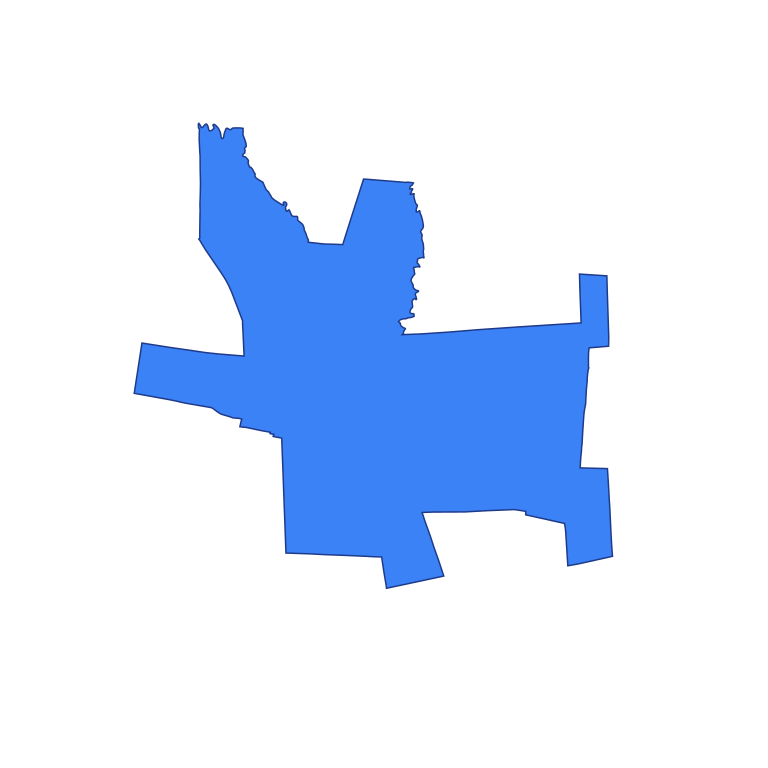 Mizil, Prahova, Romania, rotated 26°
{"feature_id": "2599482B63196712771897", "entity_name": "Mizil", "entity_type": "district", "adm_level": 2, "iso_a3": "ROU", "parent_name": "Romania", "parent_adm1": "Prahova", "projection": "mercator", "projection_center": [26.445, 45.004], "detail": "fine", "context": "isolated", "style": "filled", "palette": "blue", "viewbox_px": 768, "rotation_deg": 26, "n_neighbors": 0, "source": "geoboundaries", "source_scale": "gbopen_adm2", "svg_char_len": 6110}
<svg xmlns="http://www.w3.org/2000/svg" viewBox="0 0 768 768"><g transform="rotate(26 384 384)"><path d="M163.6,501.9L197.5,492.3L205.6,490.2L209.4,489.4L214.5,488.1L238.6,481.1L240.5,480.9L241.5,481.0L242.4,481.3L247.2,482.2L250.1,482.5L252.1,482.3L260.4,480.9L262.9,480.7L265.0,479.9L268.5,478.5L271.6,477.9L271.7,479.2L273.2,485.6L277.0,484.3L278.9,483.5L294.1,479.7L303.0,477.2L303.3,478.5L307.2,477.6L307.3,479.7L307.9,479.6L315.8,477.5L370.0,578.9L392.2,569.0L405.4,563.4L423.7,555.3L443.7,546.6L450.4,543.8L457.7,540.5L466.1,552.7L474.8,564.9L475.8,566.5L521.9,530.4L510.5,518.7L501.0,509.4L492.1,500.2L481.1,489.5L474.6,482.8L475.2,482.4L484.0,477.7L512.6,463.6L532.5,452.5L555.7,440.0L557.5,439.3L567.2,436.3L568.7,439.5L607.3,430.2L609.8,433.5L612.5,437.9L628.9,466.8L635.4,462.1L639.1,459.3L664.9,438.7L660.5,431.2L654.8,421.1L641.5,396.8L637.4,389.6L635.5,386.2L629.2,374.9L621.9,362.1L597.1,373.4L593.5,364.9L591.1,358.3L589.4,354.3L588.3,351.1L583.5,339.7L579.0,328.7L576.5,322.4L575.3,318.5L574.1,313.9L568.3,300.2L566.3,294.9L565.5,292.7L564.3,290.2L562.4,285.2L561.9,283.4L561.3,281.9L561.0,279.6L560.2,279.0L559.2,276.8L557.0,272.4L554.3,266.6L552.5,261.6L569.3,251.6L568.7,250.3L565.6,243.6L543.5,201.8L536.9,189.1L511.5,199.5L517.7,211.4L534.4,242.7L478.7,274.4L443.8,294.5L419.2,309.1L395.3,322.8L378.8,331.6L379.3,330.3L379.2,329.6L378.8,329.0L378.7,328.1L378.7,327.6L379.0,325.1L378.9,324.8L378.3,324.7L376.6,324.9L375.1,324.6L373.7,324.3L373.0,323.8L372.0,322.2L371.7,322.1L370.1,321.9L369.7,321.7L369.8,321.2L370.0,320.4L370.4,319.4L370.6,319.1L371.2,318.4L373.0,316.8L374.9,315.9L376.7,314.0L377.7,313.2L378.7,312.7L379.7,311.9L381.2,310.2L381.4,309.8L381.3,309.6L380.8,309.0L380.4,308.1L379.6,307.9L377.4,308.8L376.5,308.6L376.0,308.3L375.7,307.9L375.6,307.5L375.3,305.3L375.3,304.7L376.0,302.9L375.8,302.0L375.6,301.5L373.3,298.1L373.1,297.7L373.0,297.3L373.0,296.7L373.1,295.4L373.4,294.8L373.9,293.9L374.6,293.8L375.7,294.1L376.0,293.9L376.1,293.7L375.9,293.2L374.3,291.2L373.9,291.0L373.0,290.0L372.7,289.2L372.8,288.0L373.1,287.4L374.4,285.8L374.3,285.6L374.1,285.2L373.6,285.2L371.7,285.6L371.0,285.5L370.2,285.4L368.6,284.8L367.6,283.9L367.2,283.0L366.8,282.3L362.9,279.4L362.8,278.5L362.6,278.1L362.5,276.9L362.8,274.4L363.3,272.2L363.4,271.5L363.1,271.3L361.8,269.4L361.1,268.2L360.5,267.6L359.6,266.9L359.6,266.7L359.7,266.3L360.2,265.8L362.4,264.1L363.5,263.5L364.8,263.2L364.7,262.7L363.0,261.5L362.3,261.1L361.0,260.7L360.6,260.4L360.3,259.8L360.1,258.4L359.4,257.0L359.5,256.7L359.8,256.3L361.1,255.0L362.9,253.5L363.3,253.3L364.4,253.2L364.5,253.1L364.5,252.7L363.2,251.2L362.9,250.6L362.8,250.1L361.3,248.0L361.0,247.3L360.8,246.3L360.6,245.5L358.3,241.5L357.2,240.1L355.1,238.0L354.6,237.3L353.9,236.2L353.2,233.8L352.8,233.2L352.2,232.6L351.6,232.1L350.7,231.8L350.3,231.3L350.1,231.1L350.0,230.5L350.6,227.1L350.5,225.9L350.4,225.4L349.8,224.1L348.3,222.0L347.6,221.1L347.1,220.3L344.0,216.7L342.4,215.3L341.2,214.1L340.4,212.9L340.0,212.7L339.7,212.9L339.4,213.6L338.9,214.3L338.3,214.9L337.9,215.1L337.5,215.1L337.3,215.0L336.3,212.4L336.1,211.3L336.0,209.8L335.5,208.7L335.1,208.4L333.7,208.0L332.9,207.4L329.9,204.0L328.3,201.8L328.0,201.0L327.9,200.3L327.7,199.9L327.4,199.9L326.8,200.2L325.2,201.8L324.9,202.1L324.5,202.1L324.2,201.4L324.5,199.9L324.5,199.4L324.3,199.1L324.2,198.2L324.4,196.7L324.4,196.2L324.0,196.1L323.4,196.2L323.2,196.3L322.4,197.2L321.9,197.5L321.6,197.3L321.4,197.0L321.1,196.0L321.1,195.5L321.1,194.6L321.3,194.2L322.1,193.0L322.2,192.5L322.3,190.4L320.6,190.8L316.2,192.5L315.9,193.0L276.5,208.4L275.8,208.8L277.9,223.2L281.4,247.3L285.8,276.8L276.7,280.8L269.1,284.3L253.8,289.8L252.9,287.6L251.6,286.7L250.6,285.9L249.1,284.3L247.1,282.3L246.4,281.7L245.9,281.5L245.3,281.0L244.8,280.4L243.2,278.1L242.2,277.4L241.4,276.6L240.3,276.0L237.5,275.3L236.1,275.1L234.6,274.6L233.3,272.1L233.0,271.7L232.7,271.6L232.0,271.6L229.6,272.9L228.2,273.2L227.2,272.9L226.7,272.6L225.0,271.2L223.7,270.0L222.2,269.1L221.3,270.9L220.9,271.4L220.5,271.4L219.8,270.8L218.8,269.6L217.9,268.5L218.1,266.4L217.9,265.3L217.4,264.6L217.1,264.2L216.0,263.8L215.5,263.8L214.7,264.1L214.3,264.4L214.0,265.0L214.1,265.6L215.5,266.7L215.5,267.0L215.3,267.4L215.1,267.5L214.8,267.6L212.4,267.5L205.2,266.7L202.3,266.0L201.2,265.6L199.7,264.4L197.2,262.9L196.5,262.3L195.9,261.9L193.7,261.3L193.0,261.0L191.8,260.1L186.6,255.7L182.3,255.4L181.0,255.3L178.5,254.8L177.2,254.1L176.8,253.8L176.5,252.8L176.3,252.1L176.0,251.6L175.8,251.4L174.7,251.0L171.5,248.5L170.6,248.2L170.1,248.1L169.7,247.7L169.4,247.6L168.9,247.7L168.6,247.9L168.1,247.9L167.5,247.5L166.4,246.3L165.6,245.7L165.2,245.3L164.3,242.8L163.9,242.4L163.5,242.1L160.5,240.8L159.7,240.7L159.0,240.8L157.8,241.1L157.1,241.0L156.9,240.8L157.0,240.5L156.6,239.4L156.6,239.2L157.4,237.7L157.5,237.5L157.4,236.7L157.1,236.0L156.9,235.7L156.8,235.1L156.6,234.7L155.6,233.7L155.4,233.5L155.4,233.2L155.3,232.9L155.5,232.2L156.0,231.3L156.0,230.6L155.9,230.5L154.4,228.2L153.0,226.6L148.2,222.0L147.4,220.7L146.9,219.2L145.8,217.3L145.3,216.0L142.5,216.9L138.3,218.9L135.7,220.4L134.7,222.6L134.1,222.9L132.7,223.0L131.2,222.8L130.4,223.2L130.1,223.9L130.2,225.3L130.6,229.0L131.4,231.7L131.6,232.6L131.7,233.5L131.3,234.1L130.9,234.4L130.3,234.4L129.5,233.7L127.7,231.0L126.6,229.6L123.3,226.9L121.5,226.1L119.4,225.3L117.9,225.1L117.2,225.2L116.8,225.7L116.9,226.5L118.4,227.7L119.1,228.3L119.0,229.0L117.9,231.8L117.0,232.6L116.4,232.9L115.6,232.8L115.1,232.4L112.9,229.7L111.8,228.8L110.9,228.3L110.1,228.3L109.7,228.7L108.9,230.9L108.7,232.2L108.3,233.0L107.9,233.4L107.5,233.6L107.2,233.5L106.7,233.0L105.2,231.9L103.3,230.9L103.1,231.6L105.0,235.1L106.5,236.1L107.7,238.9L110.7,245.3L117.1,256.9L118.6,259.4L124.4,271.1L130.9,283.7L135.6,293.8L140.1,303.8L143.0,309.3L143.7,311.0L151.6,327.8L154.5,333.7L154.0,334.9L155.6,335.7L164.2,341.3L188.5,355.2L193.5,358.2L196.6,360.2L201.1,363.5L205.0,366.7L207.1,368.5L229.2,389.2L230.6,392.1L233.5,397.3L236.5,402.8L246.0,420.2L222.5,429.4L210.1,433.9L175.4,445.0L148.5,453.3L163.6,501.9Z" fill="#3b82f6" stroke="#1e3a8a" stroke-width="1.5"/></g></svg>